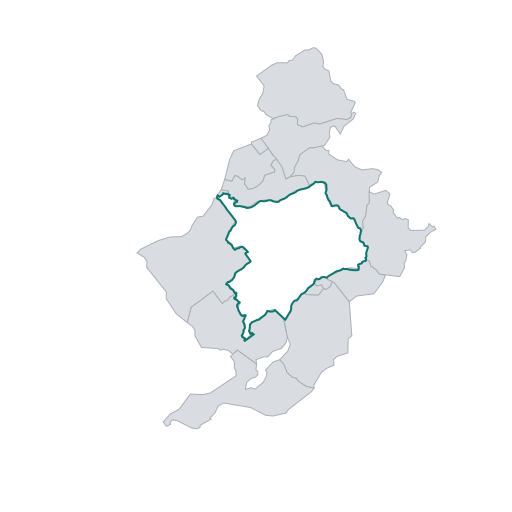 Democratic Republic of the Congo highlighted, Robinson projection, rotated 53°
{"feature_id": "COD", "entity_name": "Democratic Republic of the Congo", "entity_type": "country or territory", "adm_level": 0, "iso_a3": "COD", "parent_name": "Africa", "parent_adm1": "", "projection": "robinson", "projection_center": [23.721, -4.071], "detail": "fine", "context": "with_neighbors", "style": "outline", "palette": "teal", "viewbox_px": 512, "rotation_deg": 53, "n_neighbors": 14, "source": "natural_earth", "source_scale": "50m", "svg_char_len": 12776}
<svg xmlns="http://www.w3.org/2000/svg" viewBox="0 0 512 512"><g transform="rotate(53 256 256)"><path d="M348.6,209.0L377.2,227.4L377.7,232.3L388.6,240.9L385.0,251.5L385.4,256.3L390.2,259.4L388.3,266.8L388.2,273.5L393.8,287.4L396.5,289.2L390.5,294.2L382.2,297.5L377.7,297.4L375.0,300.0L367.7,301.3L358.7,298.9L353.1,299.6L351.1,287.9L347.0,281.5L339.7,279.9L324.5,272.3L320.4,261.5L316.1,256.7L314.6,251.7L315.3,247.3L314.0,239.4L317.1,239.0L324.7,229.6L322.6,221.5L324.7,220.4L325.2,215.4L322.2,210.5L324.9,209.5L348.6,209.0Z" fill="#d9dde1" stroke="#a8b0b8" stroke-width="1"/><path d="M112.6,147.2L113.1,127.9L114.6,122.5L120.7,114.6L119.9,112.3L121.5,108.8L119.9,103.7L120.9,93.2L123.1,89.8L124.2,84.8L126.2,83.0L134.3,82.0L141.8,85.2L144.5,88.4L148.4,88.5L152.0,86.4L161.0,90.9L164.8,90.7L169.3,87.0L173.7,87.3L175.9,86.1L185.7,89.1L191.6,84.3L193.4,84.6L198.4,94.0L199.8,93.8L202.7,97.2L201.5,101.6L195.1,108.3L188.8,126.1L184.7,129.6L181.1,141.0L175.9,143.9L171.6,140.3L168.8,140.5L164.2,145.5L162.1,145.6L156.4,159.9L148.5,163.0L145.7,162.5L142.8,164.5L136.7,164.3L132.7,158.9L130.3,152.7L125.0,147.1L112.6,147.2Z" fill="#d9dde1" stroke="#a8b0b8" stroke-width="1"/><path d="M202.2,90.6L205.1,96.1L205.3,107.5L209.3,115.3L199.5,114.9L197.9,119.0L202.3,124.0L205.6,125.4L209.0,134.9L203.9,145.9L202.1,147.4L201.6,160.2L205.2,164.7L208.6,172.2L212.0,175.0L213.2,181.4L212.6,186.0L200.5,181.7L165.0,181.2L166.1,174.5L163.2,168.8L159.8,167.4L158.2,163.5L156.3,162.3L158.4,153.8L162.1,145.6L164.2,145.5L168.8,140.5L171.6,140.3L175.9,143.9L181.1,141.0L184.7,129.6L188.8,126.1L195.1,108.3L201.5,101.6L202.7,97.2L199.8,93.8L200.1,91.1L202.2,90.6Z" fill="#d9dde1" stroke="#a8b0b8" stroke-width="1"/><path d="M299.1,156.0L296.6,156.9L286.1,155.8L279.7,158.8L276.7,157.0L268.3,161.3L264.8,160.4L261.5,166.3L250.4,163.8L239.3,157.7L235.3,160.4L232.3,164.8L231.6,170.8L221.7,168.9L217.2,173.4L213.2,181.4L212.0,175.0L208.6,172.2L205.2,164.7L201.6,160.2L201.5,154.1L202.1,147.4L203.9,145.9L207.8,137.2L214.0,136.6L215.4,134.3L218.5,136.5L228.1,133.2L235.2,126.8L234.5,123.8L243.9,123.6L251.0,119.6L256.5,110.2L260.3,106.8L265.0,105.3L265.9,109.0L270.2,114.3L269.5,124.1L282.0,133.7L282.1,136.5L290.3,144.7L292.2,149.8L297.9,153.2L299.1,156.0Z" fill="#d9dde1" stroke="#a8b0b8" stroke-width="1"/><path d="M231.6,170.8L231.2,176.0L227.4,185.9L226.9,198.3L225.4,204.5L224.6,207.2L216.1,215.7L212.9,224.1L213.1,231.1L202.4,243.4L199.6,241.9L199.1,239.5L195.0,239.4L192.4,242.7L187.6,238.9L182.2,244.0L176.0,234.9L181.7,230.2L178.9,224.5L181.5,222.4L186.6,221.3L187.2,217.5L191.2,221.6L197.9,222.0L200.2,217.9L201.1,212.2L200.3,205.6L196.7,200.5L200.0,190.6L198.1,188.9L192.5,189.6L190.4,185.1L190.9,181.4L200.5,181.7L212.6,186.0L213.2,181.4L217.2,173.4L221.7,168.9L231.6,170.8Z" fill="#d9dde1" stroke="#a8b0b8" stroke-width="1"/><path d="M177.3,181.4L185.5,182.0L190.0,180.9L190.9,181.4L190.4,185.1L192.5,189.6L198.1,188.9L200.0,190.6L196.7,200.5L200.3,205.6L201.1,212.2L200.2,217.9L197.9,222.0L191.2,221.6L187.2,217.5L186.6,221.3L181.5,222.4L178.9,224.5L181.7,230.2L176.0,234.9L163.2,219.2L158.5,210.3L163.8,192.2L177.4,191.7L177.3,181.4Z" fill="#d9dde1" stroke="#a8b0b8" stroke-width="1"/><path d="M165.0,181.2L177.3,181.4L177.4,191.7L163.8,192.2L162.4,190.9L165.0,181.2Z" fill="#d9dde1" stroke="#a8b0b8" stroke-width="1"/><path d="M321.5,271.4L339.7,279.9L343.2,283.8L345.1,291.0L342.2,300.3L343.6,307.4L341.2,310.4L338.8,318.4L342.7,320.6L319.9,327.6L320.6,333.7L314.9,334.9L310.6,338.3L309.7,341.3L307.0,342.0L296.3,354.6L283.0,352.8L278.7,349.6L273.8,349.1L267.7,351.0L257.8,338.6L258.1,311.4L273.7,311.5L273.1,308.5L274.2,305.3L272.9,301.3L273.7,297.1L272.9,294.5L275.5,294.7L276.0,297.4L284.3,297.9L286.8,301.8L292.8,303.0L297.4,300.3L299.1,304.8L304.8,306.0L310.7,314.4L316.4,314.4L315.8,305.2L313.7,306.8L306.5,301.9L308.8,283.2L307.2,279.4L309.3,273.9L311.3,272.9L321.5,271.4Z" fill="#d9dde1" stroke="#a8b0b8" stroke-width="1"/><path d="M353.1,299.6L358.7,298.9L367.7,301.3L375.0,300.0L377.7,297.4L382.2,297.5L390.5,294.2L396.5,289.2L397.7,293.1L398.1,322.5L399.4,326.7L394.0,338.8L389.1,344.1L373.7,351.6L353.8,370.4L353.1,376.5L356.5,383.0L357.9,390.6L359.2,390.2L357.6,402.5L359.3,404.0L358.1,407.6L355.0,410.6L339.9,418.2L336.6,421.3L337.2,424.9L339.0,425.5L338.3,430.0L332.7,430.0L330.6,419.3L332.1,409.7L326.8,391.5L334.8,381.8L337.9,374.9L339.7,344.1L335.9,341.3L332.3,340.7L327.3,336.8L321.0,336.9L319.9,327.6L342.7,320.6L347.0,324.7L349.1,323.9L352.0,326.1L352.4,329.5L350.8,333.5L351.3,339.5L356.1,344.8L358.4,338.9L361.7,337.1L361.2,326.1L358.2,319.9L355.5,317.1L352.9,317.2L350.9,306.1L353.1,299.6Z" fill="#d9dde1" stroke="#a8b0b8" stroke-width="1"/><path d="M190.4,241.8L187.6,243.6L186.2,249.5L184.3,250.4L182.2,244.0L187.6,238.9L190.4,241.8ZM185.4,253.1L193.3,251.1L215.6,251.2L219.7,262.7L224.3,270.0L231.8,268.1L236.0,269.3L239.0,262.1L243.7,261.8L244.1,260.3L247.9,260.3L247.3,263.4L256.5,263.3L256.6,268.7L258.1,272.0L257.0,277.2L257.6,282.4L260.1,285.6L259.7,295.8L269.5,294.0L272.9,294.5L273.7,297.1L272.9,301.3L274.2,305.3L273.1,308.5L273.7,311.5L258.1,311.4L257.8,338.6L267.7,351.0L254.0,354.5L235.9,353.3L230.7,349.2L199.3,350.2L194.8,346.3L190.0,346.0L182.0,349.1L181.2,343.7L184.9,324.7L189.0,313.4L195.6,304.0L196.4,297.7L195.9,292.8L193.6,289.7L189.7,279.4L192.4,274.2L188.5,260.2L184.7,254.8L185.4,253.1Z" fill="#d9dde1" stroke="#a8b0b8" stroke-width="1"/><path d="M322.6,221.5L324.7,229.6L317.1,239.0L314.0,239.4L313.5,229.0L311.6,225.2L316.2,225.8L318.5,220.9L322.6,221.5Z" fill="#d9dde1" stroke="#a8b0b8" stroke-width="1"/><path d="M348.6,209.0L324.9,209.5L317.7,213.2L315.8,212.3L315.9,205.9L317.7,202.6L318.1,195.7L322.6,187.2L327.9,181.9L324.9,180.8L325.3,170.7L328.4,168.4L333.2,170.3L339.3,168.3L344.6,168.3L349.3,164.4L352.9,170.3L357.1,184.5L348.5,199.9L348.6,209.0Z" fill="#d9dde1" stroke="#a8b0b8" stroke-width="1"/><path d="M322.2,210.5L325.2,215.4L324.7,220.4L322.6,221.5L318.5,220.9L316.2,225.8L311.6,225.2L313.7,214.7L315.8,212.3L317.7,213.2L322.2,210.5Z" fill="#d9dde1" stroke="#a8b0b8" stroke-width="1"/><path d="M325.3,170.7L318.6,165.0L316.8,161.4L307.1,164.1L303.7,163.0L297.9,153.2L292.2,149.8L290.3,144.7L282.1,136.5L282.0,133.7L272.7,126.9L277.7,124.4L281.7,112.8L287.1,111.6L292.3,118.9L294.3,119.7L297.1,118.2L302.5,118.5L303.5,120.3L311.0,120.3L311.3,118.5L315.2,116.9L315.9,114.4L318.8,112.6L325.1,117.6L329.0,116.7L336.8,105.8L336.1,100.7L334.3,98.2L338.8,97.7L339.3,95.8L342.8,96.4L342.0,102.7L342.9,108.9L346.8,112.3L347.7,119.5L348.7,119.7L348.8,126.4L347.7,129.0L343.7,129.2L341.2,134.1L345.8,134.7L349.7,138.9L351.0,142.3L354.5,144.3L359.0,153.6L344.6,168.3L339.3,168.3L333.2,170.3L328.4,168.4L325.3,170.7Z" fill="#d9dde1" stroke="#a8b0b8" stroke-width="1"/><path d="M324.5,271.0L311.1,273.4L310.6,273.5L310.8,274.4L310.7,275.4L310.3,276.1L309.8,277.0L308.9,278.1L308.4,278.6L306.8,279.9L306.8,280.3L307.8,282.3L308.3,283.8L308.5,285.1L308.4,289.2L308.3,289.9L308.6,291.2L308.5,292.3L307.8,293.4L307.6,294.5L306.7,298.1L306.4,299.2L306.9,301.1L307.3,302.1L308.0,302.9L309.5,304.1L310.1,304.7L311.7,306.7L313.8,307.1L314.4,307.4L314.8,307.3L315.0,307.0L315.0,306.4L314.9,306.0L315.0,305.6L315.4,305.4L316.4,305.4L316.8,305.1L317.2,305.0L317.1,315.4L317.1,315.6L317.0,316.0L316.6,316.1L316.0,315.8L315.9,314.8L315.6,314.5L315.3,314.4L314.8,314.5L314.0,315.0L313.0,315.4L312.7,315.7L312.0,315.6L311.2,315.4L310.7,314.9L310.6,314.1L309.5,312.1L308.7,311.1L308.3,311.0L307.8,310.8L307.5,310.0L307.2,309.0L306.8,308.1L306.3,307.8L302.6,306.1L301.8,306.1L301.0,306.0L300.5,305.6L300.2,305.3L299.3,303.2L298.0,301.8L297.6,300.3L297.4,300.1L296.9,300.2L296.5,300.4L295.8,302.8L295.6,303.0L295.3,303.2L294.8,303.4L294.1,303.5L293.1,303.4L291.2,303.1L288.8,302.7L288.1,302.4L287.5,302.1L285.8,301.5L285.0,301.6L284.6,301.1L284.2,300.9L283.7,300.4L283.5,299.8L283.2,298.6L283.3,297.9L283.5,297.1L283.3,296.9L283.0,296.9L282.5,297.2L280.2,297.7L278.6,298.1L277.5,298.9L277.1,298.9L276.4,298.7L276.1,298.3L276.4,297.8L276.6,297.3L276.3,296.2L276.0,295.7L275.0,295.4L274.6,295.3L274.5,294.7L274.2,294.2L273.3,294.0L273.1,294.2L272.9,294.6L272.9,295.0L272.3,295.2L271.3,295.2L270.3,294.9L269.6,294.8L269.1,294.9L267.2,295.7L266.6,295.9L264.7,295.8L263.6,295.6L262.8,295.6L262.2,295.8L261.5,296.5L260.9,296.8L260.6,296.8L260.2,296.1L260.2,295.2L259.9,294.2L260.1,293.6L260.6,293.3L260.8,292.5L260.7,291.3L260.7,290.4L260.8,289.9L260.6,288.8L260.0,286.9L259.2,285.4L258.1,284.2L257.4,283.1L257.1,282.0L257.2,279.4L257.8,275.3L257.7,272.3L257.0,270.3L256.8,268.2L257.2,266.0L257.3,264.4L257.0,263.6L256.9,263.5L256.6,263.4L252.4,263.3L248.0,263.2L247.6,262.9L247.4,262.4L247.5,261.9L247.9,260.3L247.9,260.1L247.0,260.1L242.5,260.7L240.8,261.1L239.8,262.1L239.5,263.2L239.5,264.2L239.5,264.9L239.0,265.6L238.7,266.4L238.4,269.1L236.9,269.4L235.4,269.4L235.1,269.4L233.3,268.8L232.6,268.8L232.0,269.1L229.8,269.6L228.7,270.3L228.4,270.3L227.7,270.0L226.7,270.0L225.2,270.2L224.8,270.0L222.6,266.2L221.9,264.8L221.2,263.9L220.6,263.0L220.4,262.2L220.5,261.3L220.1,260.3L219.3,258.9L218.8,257.5L218.5,256.3L218.5,255.2L218.6,254.3L218.4,253.7L218.0,253.2L217.8,252.7L217.2,252.0L216.4,251.4L215.5,251.1L211.1,251.1L203.7,251.2L203.0,251.3L201.0,251.3L198.9,251.1L196.3,251.0L195.4,251.1L193.3,251.1L193.1,251.1L192.8,251.2L191.9,251.0L191.0,251.1L190.5,250.8L189.4,251.0L188.9,251.2L188.1,251.9L186.8,252.3L186.4,252.2L186.0,252.1L185.3,251.3L184.7,250.6L184.5,250.2L184.8,250.1L186.6,249.8L186.7,249.6L186.8,247.3L186.8,244.9L186.6,244.6L186.3,244.4L187.4,243.5L188.0,242.9L189.1,241.4L190.9,240.7L191.0,240.5L191.1,240.3L191.5,240.3L192.1,241.2L193.3,242.2L193.6,242.3L194.6,241.6L195.4,241.3L195.6,241.0L195.7,240.4L195.8,239.0L196.3,238.8L196.8,239.0L197.1,239.3L197.5,239.3L198.3,238.7L199.0,238.5L199.7,238.2L200.4,237.7L200.7,237.7L201.3,238.7L201.4,239.0L200.7,240.1L201.0,240.9L201.1,242.2L201.5,242.5L201.7,242.4L202.2,242.4L202.8,242.7L203.3,242.7L203.9,242.4L204.9,241.1L206.3,239.1L207.6,237.7L208.5,237.2L209.2,236.6L209.5,235.9L210.1,235.4L211.2,235.0L212.1,234.5L213.0,233.1L214.2,230.5L214.7,226.8L214.5,220.4L214.7,219.5L215.1,218.9L216.3,217.6L217.2,216.6L217.8,215.4L219.0,212.6L219.7,211.3L220.4,210.6L221.4,209.9L222.7,209.4L224.7,207.5L226.3,205.5L226.1,203.2L226.5,201.3L227.3,198.8L227.6,196.2L227.3,193.5L227.5,191.2L228.6,187.7L228.8,186.1L228.7,183.6L229.8,180.1L231.9,175.7L232.9,172.5L232.7,169.3L233.0,166.9L232.9,165.5L232.5,164.3L232.7,163.6L233.5,163.2L234.5,162.0L236.3,158.9L238.2,157.4L239.6,156.9L241.0,156.9L241.9,157.2L242.3,157.7L243.4,158.4L245.1,159.4L246.3,160.6L247.0,161.9L247.6,162.6L248.3,162.8L249.4,162.7L250.6,163.0L251.9,163.7L252.7,163.9L252.9,163.8L253.6,163.9L255.0,164.4L256.1,164.1L257.8,164.4L261.7,165.4L262.0,165.2L262.3,164.7L263.1,162.7L263.9,161.5L264.2,161.0L265.0,160.3L266.0,160.2L266.9,160.2L268.4,160.8L269.2,160.8L270.0,160.5L271.2,159.9L272.5,159.5L273.5,159.1L276.0,158.0L276.9,157.9L279.4,158.6L281.0,158.1L281.7,158.2L283.1,157.7L283.3,157.4L284.2,155.8L285.1,155.3L286.6,155.5L290.0,156.5L293.5,157.2L294.9,157.4L295.3,157.3L296.4,156.4L296.8,156.2L297.2,156.3L299.3,157.0L299.6,157.6L300.0,158.2L301.3,159.3L301.7,159.9L302.3,161.0L302.7,161.4L303.2,161.7L303.7,162.0L304.0,162.4L304.5,162.9L305.3,163.5L306.2,163.6L306.6,163.8L307.1,163.8L307.8,163.3L308.7,162.6L309.4,162.2L311.0,162.4L311.9,162.7L312.6,163.2L313.1,163.2L314.3,162.3L315.0,161.3L315.6,161.1L316.5,161.5L317.3,162.4L318.0,163.7L319.1,165.0L320.5,166.7L322.2,167.5L322.8,167.9L323.1,168.4L323.2,168.9L323.2,169.5L323.4,169.8L324.3,169.6L324.7,169.8L325.0,170.2L325.3,170.9L325.8,171.1L325.9,171.6L325.3,172.7L324.9,173.7L324.7,174.7L325.2,175.4L325.4,175.7L325.4,176.0L325.4,176.4L324.8,177.9L324.5,179.1L324.5,179.8L325.3,180.2L326.3,180.2L326.6,180.5L326.9,181.0L327.2,181.2L327.6,181.2L327.9,181.4L328.0,181.7L328.7,182.4L328.5,182.9L328.5,183.3L327.8,184.3L326.2,186.4L322.6,190.2L321.5,190.7L320.8,191.4L320.4,192.5L319.4,193.4L318.6,193.8L318.5,194.0L318.5,195.0L318.5,196.5L318.2,197.2L317.4,199.4L317.1,199.6L316.9,200.0L316.8,201.3L316.6,201.8L316.3,204.6L316.4,205.4L316.1,206.7L316.0,207.5L315.9,208.4L315.7,209.2L315.8,212.7L315.5,212.9L315.0,213.4L314.5,213.7L314.1,213.8L312.9,215.6L312.5,216.4L312.4,216.8L312.6,219.1L312.4,219.6L312.2,220.0L310.5,221.4L310.4,221.8L310.6,222.7L310.6,223.4L310.8,223.8L311.5,224.1L311.6,224.8L312.6,226.1L313.1,227.0L313.1,227.7L313.0,229.6L313.1,230.6L313.0,233.7L313.1,234.3L313.9,235.9L314.3,237.7L314.5,239.0L314.5,239.4L313.9,242.3L313.9,242.8L314.0,243.5L315.0,246.4L315.5,248.0L315.9,249.3L316.0,249.9L315.9,250.3L315.1,251.9L315.0,252.5L315.2,253.7L315.5,254.9L316.7,257.5L317.4,258.2L318.6,259.1L319.7,260.1L320.5,261.1L321.3,262.6L321.7,263.7L322.0,264.8L324.3,270.3L324.5,271.0Z" fill="none" stroke="#0f766e" stroke-width="2"/></g></svg>